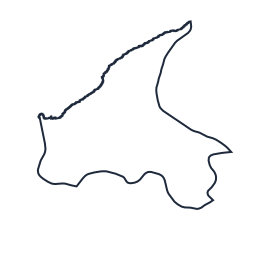 the district of Distrito Nacional, Distrito Nacional, Dominican Republic, rotated 169°
{"feature_id": "3306468B63097535879723", "entity_name": "Distrito Nacional", "entity_type": "district", "adm_level": 2, "iso_a3": "DOM", "parent_name": "Dominican Republic", "parent_adm1": "Distrito Nacional", "projection": "orthographic", "projection_center": [-69.932, 18.483], "detail": "fine", "context": "isolated", "style": "outline", "palette": "slate", "viewbox_px": 256, "rotation_deg": 169, "n_neighbors": 0, "source": "geoboundaries", "source_scale": "gbopen_adm2", "svg_char_len": 5918}
<svg xmlns="http://www.w3.org/2000/svg" viewBox="0 0 256 256"><g transform="rotate(169 128 128)"><path d="M46.2,220.7L47.6,220.7L47.6,220.3L48.4,220.3L48.4,219.9L49.2,219.9L49.2,219.5L50.0,219.5L50.0,219.1L50.7,219.1L50.7,218.6L51.2,218.6L51.2,218.2L52.3,218.2L52.3,217.8L53.1,217.8L53.1,217.4L53.5,217.4L53.5,217.0L54.3,217.0L54.3,216.5L54.7,216.5L54.7,216.1L55.9,216.1L55.9,215.7L56.3,215.7L56.3,215.3L57.1,215.3L57.1,214.9L60.7,214.9L60.7,214.4L61.9,214.4L61.9,214.0L62.7,214.0L62.7,214.4L64.3,214.4L64.3,214.9L65.5,214.9L65.5,215.3L67.5,215.3L67.5,214.9L68.3,214.9L68.3,214.4L71.5,214.4L71.5,214.9L73.5,214.9L73.5,214.4L74.3,214.4L74.3,214.0L75.1,214.0L75.1,213.6L75.9,213.6L75.9,213.2L77.0,213.2L77.0,212.8L77.5,212.8L77.5,213.2L78.6,213.2L78.6,212.8L80.2,212.8L80.2,212.4L80.6,212.4L80.6,211.9L81.0,211.9L81.0,211.5L82.6,211.5L82.6,211.1L85.8,211.1L85.8,210.7L86.2,210.7L86.2,210.3L86.6,210.3L86.6,209.8L87.8,209.8L87.8,209.4L90.6,209.4L90.6,209.0L91.0,209.0L91.0,208.6L91.8,208.6L91.8,208.2L92.6,208.2L92.6,207.7L94.2,207.7L94.2,208.2L95.0,208.2L95.0,207.7L95.8,207.7L95.8,207.3L96.2,207.3L96.2,206.9L97.0,206.9L97.0,206.5L97.8,206.5L97.8,206.1L98.2,206.1L98.2,205.6L99.4,205.6L99.4,206.1L100.6,206.1L100.6,206.5L101.4,206.5L101.4,206.1L101.8,206.1L101.8,205.6L102.2,205.6L102.2,205.2L104.6,205.2L104.6,204.8L106.1,204.8L106.1,205.2L106.9,205.2L106.9,204.8L107.7,204.8L107.7,204.4L108.5,204.4L108.5,204.0L110.1,204.0L110.1,203.5L112.5,203.5L112.5,203.1L112.9,203.1L112.9,202.7L113.7,202.7L113.7,202.3L114.1,202.3L114.1,201.9L114.9,201.9L114.9,201.4L116.1,201.4L116.1,201.0L118.5,201.0L118.5,200.2L119.3,200.2L119.3,199.3L119.7,199.3L119.7,198.9L120.5,198.9L120.5,198.5L120.9,198.5L120.9,198.1L122.5,198.1L122.5,197.7L124.9,197.7L124.9,197.2L126.1,197.2L126.1,196.8L126.9,196.8L126.9,196.4L127.3,196.4L127.3,196.0L127.7,196.0L127.7,195.6L128.1,195.6L128.1,195.1L128.9,195.1L128.9,194.7L129.3,194.7L129.3,194.3L129.7,194.3L129.7,193.9L131.6,193.9L131.6,193.5L132.4,193.5L132.4,193.0L134.0,193.0L134.0,192.6L134.8,192.6L134.8,191.4L135.2,191.4L135.2,190.9L135.6,190.9L135.6,189.7L136.4,189.7L136.4,189.3L136.8,189.3L136.8,188.4L137.6,188.4L137.6,188.0L138.0,188.0L138.0,187.2L139.6,187.2L139.6,186.3L140.8,186.3L140.8,185.9L141.6,185.9L141.6,184.2L142.0,184.2L142.0,183.8L142.4,183.8L142.4,183.4L142.8,183.4L142.8,183.0L144.0,183.0L144.0,182.5L143.6,182.5L143.6,182.1L143.2,182.1L143.2,181.7L143.6,181.7L143.6,181.3L143.2,181.3L143.2,179.2L143.6,179.2L143.6,178.3L144.0,178.3L144.0,177.9L144.4,177.9L144.4,177.1L144.8,177.1L144.8,176.7L145.2,176.7L145.2,176.2L145.6,176.2L145.6,175.8L146.0,175.8L146.0,175.4L146.4,175.4L146.4,175.0L146.8,175.0L146.8,174.5L147.2,174.5L147.2,174.1L148.0,174.1L148.0,173.7L148.4,173.7L148.4,173.3L149.2,173.3L149.2,172.9L149.6,172.9L149.6,172.4L150.4,172.4L150.4,172.0L152.8,172.0L152.8,171.6L153.6,171.6L153.6,171.2L154.0,171.2L154.0,170.8L154.4,170.8L154.4,170.4L154.8,170.4L154.8,169.9L156.0,169.9L156.0,169.5L157.2,169.5L157.2,169.1L157.9,169.1L157.9,168.7L159.5,168.7L159.5,168.2L160.7,168.2L160.7,167.8L161.5,167.8L161.5,167.4L161.9,167.4L161.9,167.0L163.9,167.0L163.9,166.6L164.3,166.6L164.3,166.1L165.1,166.1L165.1,165.7L165.9,165.7L165.9,165.3L166.7,165.3L166.7,164.9L167.1,164.9L167.1,164.5L167.5,164.5L167.5,164.9L168.3,164.9L168.3,164.5L169.9,164.5L169.9,164.0L170.3,164.0L170.3,163.2L170.7,163.2L170.7,162.8L172.7,162.8L172.7,163.2L173.9,163.2L173.9,162.8L174.3,162.8L174.3,162.4L175.1,162.4L175.1,161.9L176.3,161.9L176.3,161.5L177.1,161.5L177.1,161.9L177.9,161.9L177.9,161.5L178.7,161.5L178.7,161.1L179.5,161.1L179.5,160.7L179.9,160.7L179.9,160.3L180.7,160.3L180.7,159.8L181.5,159.8L181.5,159.4L182.2,159.4L182.2,159.0L183.0,159.0L183.0,158.6L183.8,158.6L183.8,158.2L185.0,158.2L185.0,157.7L185.8,157.7L185.8,157.3L186.2,157.3L186.2,156.9L186.6,156.9L186.6,156.1L187.0,156.1L187.0,155.6L187.4,155.6L187.4,155.2L188.2,155.2L188.2,154.8L188.6,154.8L188.6,154.4L189.4,154.4L189.4,154.0L189.8,154.0L189.8,152.7L190.6,152.7L190.6,152.3L191.4,152.3L191.4,151.9L192.2,151.9L192.2,151.4L192.6,151.4L192.6,151.0L193.0,151.0L193.0,151.4L193.4,151.4L193.4,151.0L197.0,151.0L197.0,151.9L197.8,151.9L197.8,152.3L198.6,152.3L198.6,151.9L199.0,151.9L199.0,151.4L200.2,151.4L200.2,151.9L201.8,151.9L201.8,152.7L201.0,152.7L201.0,154.0L201.4,154.0L201.4,153.1L203.8,153.1L203.8,152.7L206.6,152.7L206.6,153.1L207.8,153.1L207.8,153.5L208.5,153.5L208.5,154.4L208.9,154.4L208.9,154.8L208.2,154.8L208.2,155.2L208.5,155.2L208.5,156.9L209.0,156.9L209.0,157.3L209.3,157.3L209.3,158.2L210.5,158.2L210.5,158.6L210.9,158.6L210.9,158.2L211.7,158.2L211.7,157.7L212.1,157.7L212.1,157.3L212.9,157.3L212.9,156.1L213.7,156.1L213.7,154.8L214.1,154.8L212.7,154.6L212.5,128.7L213.0,123.1L214.1,120.1L215.2,118.3L219.9,112.7L223.9,105.2L224.6,103.5L224.7,100.6L224.1,98.6L223.0,96.8L220.9,94.3L216.8,90.4L213.3,87.9L210.3,86.9L203.2,86.1L200.3,85.4L194.3,82.4L189.6,80.5L181.7,87.4L179.1,89.2L177.1,90.1L175.0,90.5L169.5,90.8L162.9,90.6L158.6,89.9L156.6,89.2L148.9,85.5L142.2,81.1L141.2,79.8L139.8,76.1L138.9,74.6L137.4,73.7L135.6,73.2L131.7,73.1L128.7,73.7L126.0,75.1L121.2,79.1L119.5,80.2L116.7,81.0L113.8,80.5L106.4,76.8L104.2,75.0L103.1,73.5L102.3,71.6L101.9,69.5L101.5,59.5L101.2,57.4L100.6,55.4L96.4,46.7L93.7,43.5L90.5,40.7L87.7,39.3L81.9,37.9L76.0,35.5L74.1,35.3L71.3,35.8L67.3,37.7L61.7,39.4L58.3,40.9L62.0,46.3L62.4,48.0L62.2,49.7L61.3,51.1L57.0,54.0L53.2,57.6L51.6,60.2L50.9,63.2L50.9,65.2L51.3,67.2L51.9,69.0L54.1,73.1L54.9,76.3L55.1,80.5L54.3,83.4L53.6,84.2L51.9,85.3L49.0,85.8L40.3,85.6L31.3,84.8L34.1,89.4L35.8,91.7L39.2,95.4L43.6,99.6L46.7,101.8L51.9,104.4L58.7,109.8L64.0,112.5L66.4,114.3L90.2,138.1L92.5,141.6L93.0,143.4L93.5,149.4L93.4,156.4L93.1,159.4L92.4,162.2L89.8,167.2L88.3,170.8L85.5,175.6L84.0,179.3L81.3,184.1L79.2,188.6L77.4,191.0L74.6,194.0L65.6,202.6L63.1,204.3L51.0,209.8L48.8,211.5L47.6,213.0L46.6,215.5L46.2,220.7Z" fill="none" stroke="#1e293b" stroke-width="2"/></g></svg>